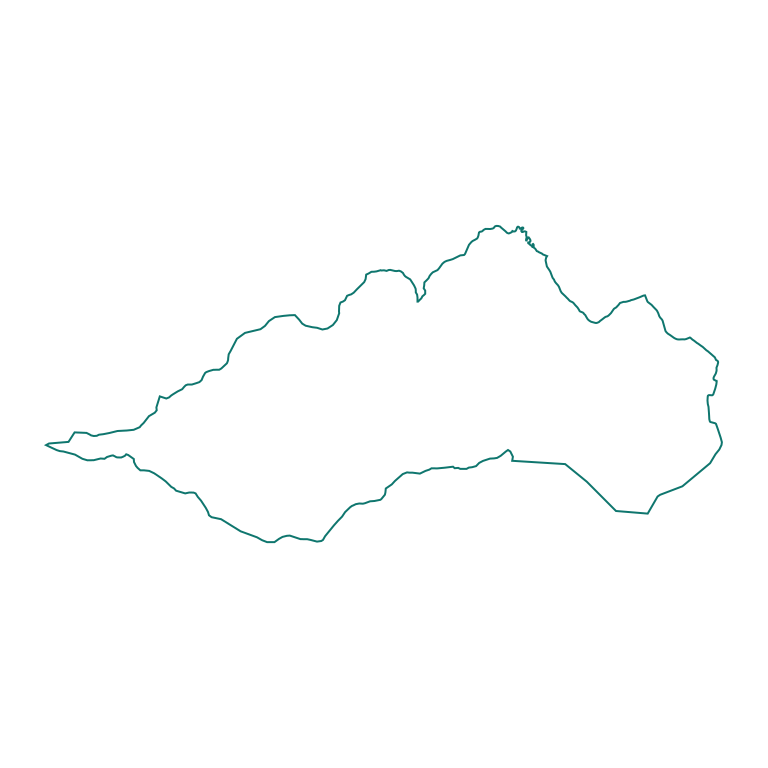 the district of Poienile Izei, Maramures, Romania
{"feature_id": "2599482B51572516473215", "entity_name": "Poienile Izei", "entity_type": "district", "adm_level": 2, "iso_a3": "ROU", "parent_name": "Romania", "parent_adm1": "Maramures", "projection": "albers", "projection_center": [24.11, 47.7], "detail": "fine", "context": "isolated", "style": "outline", "palette": "teal", "viewbox_px": 768, "rotation_deg": 0, "n_neighbors": 0, "source": "geoboundaries", "source_scale": "gbopen_adm2", "svg_char_len": 6109}
<svg xmlns="http://www.w3.org/2000/svg" viewBox="0 0 768 768"><path d="M715.5,454.2L719.3,449.5L721.5,445.0L721.9,442.2L720.6,437.5L717.9,429.3L716.0,423.9L715.5,423.5L715.0,423.2L710.4,422.0L710.0,421.6L709.8,421.2L709.3,419.2L709.0,413.5L708.5,406.8L707.8,404.0L707.5,400.5L707.7,396.9L707.9,395.8L708.2,395.5L708.9,395.1L709.2,395.1L712.1,395.3L712.6,395.1L713.3,394.3L715.2,388.7L716.3,384.5L716.7,381.5L716.6,380.9L716.1,380.9L715.4,380.5L714.5,379.9L713.8,379.6L713.7,379.4L713.5,378.2L713.7,377.4L714.2,376.3L715.8,373.5L716.5,371.0L716.6,370.0L716.5,368.3L716.5,367.6L717.5,365.1L718.1,362.6L718.1,361.9L717.9,361.3L717.3,360.7L716.0,359.9L715.2,358.1L714.8,357.3L707.8,351.2L706.4,350.3L702.7,346.9L700.5,345.4L698.2,343.7L697.0,343.0L694.1,340.7L692.3,339.5L690.8,338.1L689.9,337.5L689.2,337.8L686.0,339.1L684.4,339.4L682.8,339.3L678.8,339.5L677.1,339.3L675.5,338.7L673.9,337.8L670.3,335.2L667.8,333.6L666.3,332.1L665.5,331.0L662.6,320.7L661.9,319.5L660.1,317.5L659.3,316.2L658.2,313.1L657.2,311.1L656.6,310.2L653.5,307.0L651.6,304.9L647.8,302.0L647.4,301.4L647.1,300.7L645.2,295.8L645.1,295.4L644.9,295.4L644.4,295.4L643.2,295.7L639.5,297.3L633.7,299.5L630.9,300.2L630.2,300.6L626.7,301.6L625.0,301.9L623.4,301.9L620.0,303.0L618.3,305.2L617.5,306.0L616.7,306.9L616.2,307.4L614.4,308.5L613.8,309.0L611.0,313.1L608.8,315.3L607.9,316.0L607.2,316.4L606.0,316.7L605.0,317.2L601.4,320.0L600.0,321.0L599.0,322.0L597.5,322.7L596.2,323.0L595.3,322.9L591.2,321.8L589.8,321.0L588.6,320.1L587.7,319.2L586.4,317.1L585.3,315.1L584.1,314.0L583.6,313.2L582.9,312.6L582.0,312.2L580.2,311.5L579.8,311.2L579.4,310.7L579.0,309.8L577.5,307.5L575.3,305.2L573.5,303.0L572.5,302.2L570.1,301.1L569.4,300.5L567.6,298.5L566.8,297.8L565.6,296.5L561.7,292.8L560.7,291.2L559.0,286.9L558.5,286.1L558.1,285.4L556.0,283.1L555.0,281.8L554.7,281.3L554.0,279.6L552.6,277.8L550.3,271.7L549.4,270.2L546.9,266.5L545.7,261.0L545.6,260.0L546.2,257.5L547.1,256.1L543.0,254.5L541.8,253.5L538.9,252.2L538.1,251.6L536.8,251.1L535.3,248.8L533.7,247.5L533.7,246.0L533.6,244.6L533.1,244.0L532.7,244.2L533.2,246.6L532.8,247.1L532.4,247.0L532.0,246.2L531.2,245.5L530.4,245.1L529.7,244.2L528.3,243.3L528.2,242.5L529.1,242.4L529.5,242.5L529.7,242.4L529.8,241.6L530.5,241.0L530.4,240.1L529.8,238.9L528.7,237.4L528.3,237.4L526.9,239.7L526.6,240.4L526.2,240.5L526.1,240.4L526.1,239.5L526.6,237.4L526.5,236.6L526.1,235.1L526.3,232.6L526.3,231.9L525.1,231.4L523.9,231.4L522.8,232.0L522.0,232.0L521.4,231.3L521.3,230.7L522.6,229.2L523.3,228.3L523.2,227.7L522.4,227.5L521.6,227.8L521.0,228.6L520.5,228.8L519.7,228.6L519.5,227.7L518.9,227.0L518.2,226.7L517.6,226.8L517.0,227.6L516.7,228.7L515.9,230.6L514.9,231.4L513.5,231.5L512.4,231.0L511.8,232.1L509.3,233.3L508.4,233.4L507.0,232.8L505.4,231.2L501.0,227.5L500.2,226.6L498.3,226.0L496.5,225.9L495.3,226.2L494.7,226.7L493.6,228.1L492.5,228.6L490.2,229.0L485.5,228.9L483.6,229.9L482.5,231.0L481.7,231.5L479.9,231.8L479.0,232.5L478.4,235.7L477.7,237.6L477.1,238.5L475.3,239.6L472.6,241.0L471.3,242.1L469.0,244.8L465.1,253.8L464.6,254.5L464.0,255.0L460.3,255.4L452.8,259.1L450.3,259.9L446.6,260.9L444.5,261.9L442.4,263.7L439.0,268.4L437.5,270.1L432.8,272.3L431.2,273.9L429.7,275.8L428.5,278.3L426.6,280.3L424.4,282.4L424.2,285.4L423.7,288.3L425.2,290.6L425.2,293.8L424.0,295.0L422.4,296.3L421.3,298.4L419.9,299.7L418.1,301.6L417.5,301.6L417.5,297.6L417.1,294.6L415.8,292.4L415.8,290.3L415.6,288.7L415.1,287.6L414.0,285.3L410.2,279.4L406.0,276.9L405.0,276.1L403.9,274.7L403.0,273.0L400.9,271.4L399.0,270.7L398.0,270.9L396.5,271.1L395.0,271.0L390.3,269.9L388.8,270.0L386.6,270.9L384.0,270.3L381.2,270.5L380.7,270.2L376.5,271.4L374.2,271.7L371.4,271.8L368.6,273.5L366.2,274.6L365.6,279.1L364.2,282.1L356.9,289.3L353.7,292.7L351.1,294.4L349.3,294.9L347.1,295.8L345.0,300.2L342.9,301.6L340.5,302.5L339.2,305.8L339.0,311.7L339.2,313.2L336.8,320.1L332.9,325.0L327.5,328.5L322.4,329.5L317.1,327.8L312.3,327.2L305.6,325.7L302.2,323.6L299.2,319.7L294.9,315.1L289.6,315.3L283.4,315.9L274.9,317.1L268.9,321.1L265.0,325.9L260.5,329.2L245.0,332.9L236.9,338.8L230.6,351.0L228.7,354.3L228.2,358.2L228.1,360.0L227.6,361.6L226.9,363.3L221.3,368.5L219.3,369.7L213.4,369.8L209.2,371.0L206.3,372.1L205.1,373.0L203.0,376.7L201.6,380.1L199.4,382.1L196.2,383.2L192.0,384.5L187.8,384.5L185.7,385.3L184.1,386.9L182.2,389.2L177.7,391.4L173.0,394.3L171.2,395.5L169.1,397.4L166.3,398.5L159.8,396.4L156.4,407.4L156.7,410.3L154.8,412.7L149.0,416.1L143.7,422.9L141.1,425.4L139.7,427.2L133.7,429.8L126.9,430.5L117.5,431.0L109.4,433.0L103.2,434.2L99.0,434.7L96.8,435.8L93.8,436.0L91.1,435.4L89.7,434.5L86.5,432.9L74.6,432.4L68.5,441.9L49.0,443.5L46.1,445.1L51.1,447.5L56.7,450.1L59.8,451.1L63.4,451.5L75.0,454.6L82.4,458.8L87.4,460.3L93.7,460.2L100.6,458.5L104.5,458.8L107.0,457.0L111.2,455.7L113.0,455.4L114.8,456.3L116.2,457.1L117.2,457.4L121.1,457.5L122.9,456.8L124.9,455.8L126.2,454.3L128.2,455.0L133.8,459.0L134.0,462.0L136.0,466.0L137.6,467.9L140.3,470.3L143.7,470.3L149.2,470.9L154.2,473.3L161.6,478.3L165.7,481.4L171.3,486.9L174.0,488.4L176.1,490.7L185.2,493.4L189.3,492.5L193.6,492.6L195.6,493.4L197.8,496.9L201.0,500.6L205.8,507.9L208.0,512.0L209.0,515.3L211.6,517.2L221.1,519.2L240.6,531.3L257.0,537.3L262.1,540.2L267.0,542.1L274.5,542.1L279.1,538.8L282.5,536.9L286.9,535.8L289.8,535.6L300.4,539.1L303.8,539.2L307.2,539.2L310.5,539.9L317.0,541.6L321.3,541.0L323.0,539.9L325.1,536.2L333.9,525.4L337.8,521.0L342.1,516.6L345.1,512.1L350.2,507.2L352.0,505.9L353.3,505.4L355.7,504.2L359.3,503.5L362.9,503.7L365.0,503.2L370.1,501.3L374.4,501.0L380.4,499.8L381.4,499.0L384.9,494.7L385.4,492.5L385.8,488.5L391.8,484.4L394.9,481.0L402.7,474.1L407.0,472.4L410.0,472.7L412.7,472.7L419.9,473.6L425.5,470.9L429.4,469.6L431.5,468.3L437.2,468.4L444.8,467.7L453.0,466.7L454.7,468.2L458.2,467.9L460.3,468.9L466.5,468.9L468.8,467.6L472.1,467.2L476.1,466.1L479.2,462.9L483.0,460.9L490.0,458.6L494.0,458.4L497.1,457.9L500.7,455.8L506.0,451.4L508.0,450.0L510.3,451.5L512.9,456.7L512.2,460.8L565.2,464.1L586.8,481.7L616.0,511.0L647.7,513.6L657.6,496.5L660.1,494.8L682.4,486.3L710.1,463.2L715.5,454.2Z" fill="none" stroke="#0f766e" stroke-width="2"/></svg>